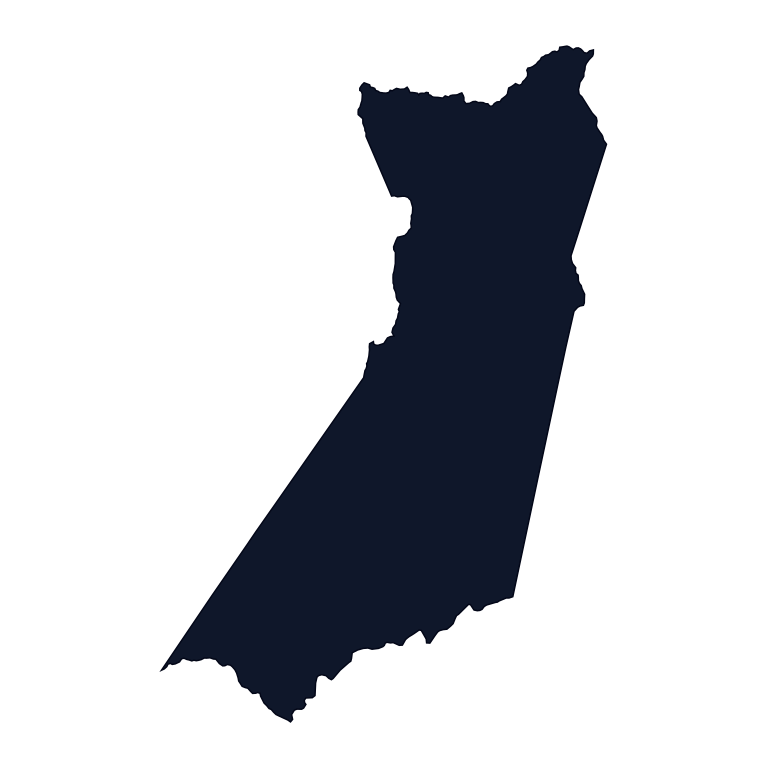 outline of Loreto, Maranhão, Brazil
{"feature_id": "56859067B64584099419455", "entity_name": "Loreto", "entity_type": "district", "adm_level": 2, "iso_a3": "BRA", "parent_name": "Brazil", "parent_adm1": "Maranhão", "projection": "robinson", "projection_center": [-45.236, -7.204], "detail": "fine", "context": "isolated", "style": "filled", "palette": "ink", "viewbox_px": 768, "rotation_deg": 0, "n_neighbors": 0, "source": "geoboundaries", "source_scale": "gbopen_adm2", "svg_char_len": 4529}
<svg xmlns="http://www.w3.org/2000/svg" viewBox="0 0 768 768"><path d="M593.4,49.9L589.6,50.9L587.1,53.2L584.2,52.7L582.3,50.5L580.7,49.0L578.4,47.9L576.1,48.0L573.2,49.6L571.5,48.5L569.0,46.8L567.0,46.1L565.1,46.4L562.4,46.9L559.8,47.2L559.1,50.4L556.9,52.0L554.9,51.2L552.4,51.7L550.6,53.2L548.6,54.7L545.5,55.2L544.0,56.4L541.5,57.5L540.2,60.0L537.9,62.0L536.3,64.1L532.9,66.5L530.5,67.6L527.9,68.1L526.8,70.2L527.7,73.0L527.5,76.3L526.2,78.1L525.0,79.7L522.9,81.6L521.6,84.3L519.2,85.3L515.5,83.6L513.8,85.0L511.3,86.7L508.7,88.0L507.9,91.4L507.4,94.1L505.9,95.9L503.2,98.0L501.6,99.2L500.2,101.6L497.0,101.9L494.3,103.6L492.7,105.8L490.6,106.4L489.1,105.4L487.9,103.8L485.5,103.7L483.2,102.6L480.3,102.4L478.4,102.6L475.6,101.4L473.0,101.6L469.6,103.3L465.9,103.6L463.9,100.9L463.9,97.6L463.3,95.7L461.8,92.9L459.6,93.7L457.3,94.8L455.5,95.0L452.8,95.1L450.4,95.6L448.6,97.1L445.2,95.9L442.7,98.1L438.2,97.4L433.7,97.2L432.0,96.6L430.6,95.3L428.6,94.7L428.2,92.7L426.2,92.4L424.3,93.4L422.2,93.2L420.0,93.4L418.8,95.0L417.6,93.3L414.9,92.8L412.4,92.5L409.9,92.5L408.6,89.4L407.1,87.2L404.4,89.0L400.3,89.3L396.5,88.4L394.4,89.5L392.3,90.8L390.2,90.3L388.8,92.5L386.0,93.1L383.6,93.0L381.6,92.7L379.8,92.5L378.0,91.2L375.7,90.5L374.7,88.4L372.8,87.6L370.4,87.1L369.6,84.8L364.1,82.8L361.9,85.0L359.8,88.2L359.8,90.4L361.5,91.5L362.3,94.2L362.2,97.0L361.9,100.9L361.2,102.8L360.0,107.2L358.3,109.6L358.1,112.1L358.2,114.6L362.8,118.7L362.9,123.3L364.8,128.1L365.0,130.6L366.1,132.7L366.0,136.3L391.6,196.1L394.4,195.7L397.5,196.8L402.7,196.2L405.0,196.3L408.1,197.4L409.3,198.9L410.7,200.2L412.7,207.3L412.6,210.3L412.4,213.5L411.3,215.9L411.5,218.9L410.8,223.4L411.2,225.9L411.2,228.2L409.0,230.2L407.5,232.9L404.8,235.5L401.5,236.4L397.6,237.3L395.9,240.8L393.6,246.8L393.8,249.6L395.4,252.3L395.3,263.6L394.0,271.5L393.1,274.5L393.0,277.8L393.1,280.7L393.1,283.0L393.9,284.9L393.9,288.2L395.5,291.8L396.0,293.8L396.3,297.2L397.3,300.1L400.5,303.6L398.4,309.4L399.3,311.8L398.3,313.8L397.5,318.2L396.1,320.8L395.6,324.3L393.0,328.0L392.0,332.3L394.0,336.1L390.4,336.6L387.5,337.9L383.8,343.5L378.1,345.3L375.7,345.2L373.7,344.0L373.4,341.6L369.6,343.7L369.3,346.8L369.5,349.8L368.9,356.2L367.6,361.9L366.6,363.6L366.9,366.1L366.1,368.7L365.0,370.5L364.0,375.6L363.7,377.6L306.3,459.7L276.6,502.2L255.7,532.0L251.9,537.6L246.4,545.7L221.7,581.5L212.5,594.8L161.5,670.2L164.3,668.9L166.8,666.6L168.0,664.1L170.6,663.4L172.2,664.4L175.2,663.9L179.5,661.9L181.6,658.8L184.0,658.2L186.7,659.4L189.3,660.0L191.8,660.9L193.9,660.2L196.2,660.7L198.1,660.4L201.0,659.7L204.3,658.0L206.5,658.1L210.0,657.8L213.4,659.0L215.9,659.2L219.4,663.6L222.8,665.9L224.9,665.7L227.3,664.5L230.5,665.2L232.3,666.7L234.9,669.7L236.6,673.0L238.1,677.8L238.7,681.0L240.5,683.7L242.1,686.3L245.3,687.6L247.8,688.2L250.7,691.5L252.6,693.4L255.8,693.2L257.5,692.5L260.1,693.3L260.6,696.1L264.1,703.1L266.7,705.6L269.0,708.5L271.3,709.5L273.7,712.3L276.0,714.5L279.3,716.1L287.8,720.0L290.5,721.9L292.6,719.4L291.6,714.6L294.3,710.2L296.8,709.1L301.7,709.2L303.6,708.1L305.9,704.4L304.6,702.6L304.3,700.3L305.8,698.0L312.3,697.7L315.0,695.6L315.6,683.0L316.9,677.3L318.5,675.6L321.7,674.7L326.1,675.7L328.8,678.3L331.4,679.7L333.1,678.5L340.1,670.2L349.0,662.4L350.8,661.2L351.5,658.4L352.2,652.8L357.6,650.0L363.2,648.4L367.9,648.0L372.0,649.2L378.5,648.4L382.8,646.7L384.3,645.4L385.3,643.0L387.1,642.3L390.4,642.9L393.2,642.6L399.2,645.3L402.4,645.1L405.5,639.6L407.3,638.0L409.1,636.6L412.1,634.8L414.1,633.5L417.0,631.5L419.1,630.0L421.3,630.4L426.2,639.0L426.6,642.9L429.9,643.1L435.1,635.4L437.7,631.9L439.6,630.6L443.2,629.6L446.9,629.2L450.7,626.0L453.1,623.6L455.1,618.6L456.5,615.6L458.5,614.3L468.6,604.3L470.5,604.7L474.0,610.0L477.3,610.7L479.9,610.4L482.0,609.4L484.2,606.5L486.6,605.0L495.5,602.4L497.4,602.1L499.2,600.9L500.9,600.2L506.2,598.0L509.0,598.0L512.8,596.7L538.1,477.1L548.4,428.8L557.2,387.4L565.9,346.9L574.0,311.3L577.6,307.3L580.0,306.0L583.4,305.3L584.3,302.9L584.4,298.6L584.6,294.2L581.9,288.5L581.2,285.6L579.4,283.4L578.4,280.8L578.3,277.4L578.1,275.1L576.0,273.4L575.4,270.5L575.7,267.7L572.5,263.5L571.3,259.7L571.0,255.8L573.1,249.3L579.2,230.3L606.5,144.2L603.6,140.2L602.6,136.3L601.6,134.4L600.1,132.5L597.0,127.8L596.3,125.5L597.0,121.1L596.3,117.6L592.2,113.1L588.2,106.9L581.8,96.7L579.2,94.3L578.8,92.0L578.5,89.5L579.2,86.5L579.9,82.4L582.2,79.0L583.8,76.3L583.9,72.7L584.9,69.6L585.2,66.2L586.3,63.5L589.1,59.6L592.6,56.0L593.3,53.9L593.4,49.9Z" fill="#0f172a" stroke="#020617" stroke-width="1.5"/></svg>